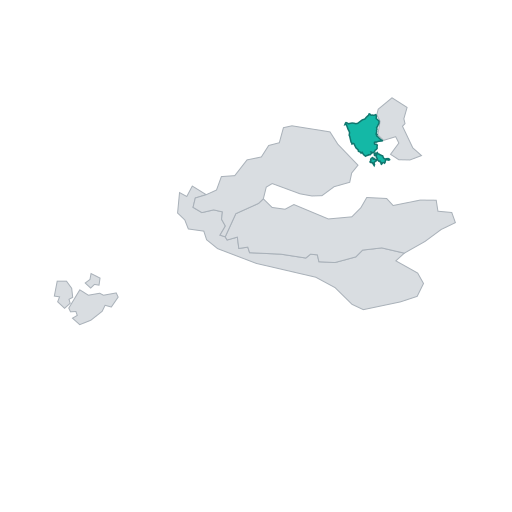 Estonia highlighted among its neighbors, rotated 245°
{"feature_id": "EST", "entity_name": "Estonia", "entity_type": "country or territory", "adm_level": 0, "iso_a3": "EST", "parent_name": "Europe", "parent_adm1": "", "projection": "orthographic", "projection_center": [24.591, 58.582], "detail": "fine", "context": "with_neighbors", "style": "filled", "palette": "teal", "viewbox_px": 512, "rotation_deg": 245, "n_neighbors": 4, "source": "natural_earth", "source_scale": "50m", "svg_char_len": 4763}
<svg xmlns="http://www.w3.org/2000/svg" viewBox="0 0 512 512"><g transform="rotate(245 256 256)"><path d="M281.8,69.3L283.8,64.3L287.9,64.3L299.8,82.0L291.3,87.5L288.3,98.6L284.9,101.2L281.6,113.7L277.0,113.7L270.9,103.3L275.1,98.4L270.9,93.2L267.6,79.3L268.3,67.2L277.2,63.4L277.7,68.9L281.8,69.3ZM346.3,227.8L332.6,236.8L334.2,225.5L326.7,219.5L318.2,225.3L315.7,237.1L310.2,244.2L303.8,240.3L296.1,240.9L290.1,232.2L286.4,236.2L282.7,236.6L281.0,247.1L270.1,243.6L267.5,252.3L261.7,251.6L247.1,279.4L233.1,300.3L234.6,306.2L231.1,312.1L224.2,310.6L216.7,324.8L213.0,346.1L216.3,355.1L210.2,373.4L195.9,391.6L192.5,380.7L172.2,395.3L160.3,396.2L151.3,385.0L153.4,367.4L162.0,330.6L171.6,322.6L193.9,314.3L211.5,301.2L249.0,253.3L278.9,224.3L291.6,218.1L300.6,219.2L309.1,206.1L318.8,206.7L328.1,203.1L345.8,213.5L339.2,218.4L346.3,227.8ZM317.2,65.2L313.3,73.6L304.6,75.3L296.0,72.4L295.8,68.2L291.7,67.6L289.5,60.4L298.3,56.9L302.0,60.7L304.9,56.3L317.2,65.2ZM309.8,99.1L301.9,105.3L295.9,101.4L298.5,97.6L296.8,92.6L303.7,89.8L304.9,95.6L309.8,99.1Z" fill="#d9dde1" stroke="#a8b0b8" stroke-width="1"/><path d="M195.9,391.6L210.2,373.4L216.3,355.1L213.0,346.1L216.7,324.8L224.2,310.6L231.1,312.1L234.6,306.2L233.1,300.3L247.1,279.4L261.7,251.6L267.5,252.3L270.1,243.6L281.0,247.1L282.7,236.6L286.4,236.2L302.9,255.6L302.6,280.5L304.7,286.8L293.2,291.1L286.1,302.1L286.6,312.1L259.0,337.2L251.0,359.4L255.4,371.4L262.2,381.1L252.9,398.7L243.8,401.6L237.3,428.4L230.4,442.9L219.7,439.8L212.7,451.8L202.0,450.8L201.8,435.1L197.8,415.5L195.9,391.6Z" fill="#d9dde1" stroke="#a8b0b8" stroke-width="1"/><path d="M333.0,425.2L337.4,428.8L341.9,446.1L326.8,455.7L317.9,448.0L313.0,447.0L311.7,443.6L287.7,443.8L277.1,448.4L278.0,436.1L282.9,426.1L291.3,420.9L298.0,433.2L305.1,433.0L306.9,420.5L314.3,417.6L325.7,425.4L333.0,425.2Z" fill="#d9dde1" stroke="#a8b0b8" stroke-width="1"/><path d="M332.6,236.8L332.5,248.1L342.6,258.2L337.8,270.7L346.9,288.5L343.5,302.7L350.8,314.2L348.8,325.0L360.7,335.1L358.8,343.6L337.2,375.5L322.7,377.4L295.2,386.8L290.8,377.8L283.2,372.1L285.8,356.1L282.8,341.3L286.8,332.0L293.8,322.1L314.8,301.3L314.1,294.4L304.7,286.8L302.6,280.5L302.9,255.6L286.4,236.2L290.1,232.2L296.1,240.9L303.8,240.3L310.2,244.2L315.7,237.1L318.2,225.3L326.7,219.5L334.2,225.5L332.6,236.8Z" fill="#d9dde1" stroke="#a8b0b8" stroke-width="1"/><path d="M333.5,424.3L333.3,424.4L332.0,424.2L330.7,423.6L330.1,423.1L329.5,423.1L328.8,423.5L326.3,424.5L325.7,424.3L324.2,423.4L323.5,422.4L321.8,420.5L321.7,420.0L321.5,419.6L319.7,419.2L319.1,418.4L318.6,418.3L317.8,418.0L315.8,416.4L315.3,416.3L315.2,416.6L315.2,416.9L315.1,417.1L314.8,417.1L314.4,416.6L313.8,416.1L312.1,417.0L311.5,417.3L310.9,417.3L308.2,418.6L307.3,419.3L307.0,419.2L307.1,418.6L308.2,415.4L308.4,412.8L308.8,412.5L309.0,412.1L308.8,411.3L307.6,410.8L307.1,410.9L306.7,411.7L306.3,412.4L305.2,412.8L304.3,412.1L302.3,411.2L301.7,410.0L301.6,408.8L300.6,407.6L300.1,406.3L300.3,405.4L301.3,404.7L301.6,404.2L300.4,404.3L300.1,404.1L300.1,403.7L299.5,402.0L300.0,401.4L300.3,400.7L299.9,400.2L300.0,399.6L300.3,399.0L300.1,397.5L301.4,396.8L302.6,396.3L305.1,396.0L304.8,394.7L305.9,394.6L307.6,393.1L309.2,393.4L311.7,392.3L316.4,392.2L317.0,391.6L316.9,391.0L316.9,390.3L317.8,390.5L319.2,390.3L324.8,391.5L326.1,391.5L328.0,392.8L329.1,393.1L332.1,393.0L336.7,393.4L337.6,392.4L337.6,392.2L338.1,392.7L338.7,393.4L338.9,393.9L338.7,394.2L338.2,394.4L338.0,394.7L337.8,395.1L337.2,395.3L336.8,395.6L336.5,397.0L335.9,399.3L334.8,401.1L333.9,402.1L333.6,402.9L333.3,403.8L333.3,404.6L334.4,409.5L334.4,410.3L334.3,411.2L334.1,412.2L334.3,413.0L335.0,414.3L335.7,416.3L336.0,417.6L336.4,418.0L336.9,418.3L336.9,418.6L336.9,418.8L336.7,419.1L334.9,419.8L334.7,420.4L334.6,421.0L333.8,422.0L333.6,422.9L333.5,423.9L333.5,424.3ZM292.5,406.7L293.1,407.1L293.7,407.0L294.3,406.8L295.5,407.1L298.2,409.1L298.5,409.6L296.8,409.9L296.4,410.5L296.0,410.9L295.5,411.0L294.7,411.8L293.6,412.6L293.3,413.1L291.3,413.0L290.2,413.2L289.3,414.1L288.9,415.9L288.2,417.3L287.5,417.7L286.8,417.8L286.7,417.3L286.8,416.7L288.3,414.8L288.6,414.2L287.9,413.9L287.3,413.2L286.1,412.4L285.9,411.7L286.2,411.7L286.5,411.5L286.8,411.0L287.0,410.4L286.1,408.5L286.6,408.3L287.2,408.4L287.9,408.9L288.7,408.3L289.0,408.2L289.5,408.5L290.1,407.3L291.3,407.0L291.9,406.6L292.5,406.7ZM295.2,403.4L294.5,404.2L294.1,403.9L293.9,403.5L293.0,405.3L291.9,405.6L291.4,405.2L291.4,404.5L290.9,402.7L290.1,402.2L288.8,402.1L288.0,401.3L291.4,400.9L291.8,400.1L292.5,399.2L293.0,399.1L293.5,399.4L293.5,400.0L293.6,400.3L295.2,400.8L295.8,401.9L295.9,403.3L295.2,403.4ZM298.7,408.0L298.0,408.2L296.3,407.0L296.7,406.2L297.2,405.9L298.6,406.4L298.8,407.6L298.7,408.0Z" fill="#14b8a6" stroke="#0f766e" stroke-width="1.5"/></g></svg>